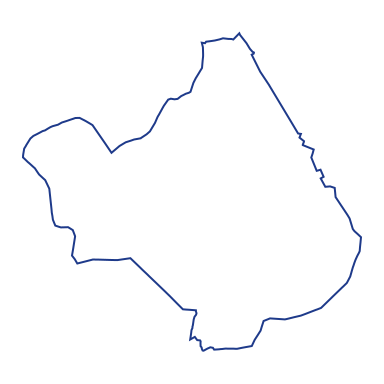 outline of Magdalena, Veracruz, Mexico
{"feature_id": "50627088B30060167879999", "entity_name": "Magdalena", "entity_type": "district", "adm_level": 2, "iso_a3": "MEX", "parent_name": "Mexico", "parent_adm1": "Veracruz", "projection": "natural_earth1", "projection_center": [-97.048, 18.769], "detail": "fine", "context": "isolated", "style": "outline", "palette": "blue", "viewbox_px": 384, "rotation_deg": 0, "n_neighbors": 0, "source": "geoboundaries", "source_scale": "gbopen_adm2", "svg_char_len": 3202}
<svg xmlns="http://www.w3.org/2000/svg" viewBox="0 0 384 384"><path d="M239.3,33.3L233.3,39.5L231.6,39.0L228.2,38.9L223.0,38.3L219.5,39.4L214.8,40.5L209.4,41.3L206.1,41.7L205.0,43.2L201.8,42.7L202.9,47.2L203.0,50.1L203.1,53.9L203.1,56.1L203.0,57.3L202.7,60.0L202.6,61.1L202.1,67.1L202.0,68.0L199.9,71.4L199.2,72.6L196.2,77.5L195.8,78.1L193.4,82.9L190.5,91.8L188.8,92.8L185.9,93.7L182.8,95.3L181.3,96.0L177.6,98.9L174.5,99.3L170.8,98.7L170.0,99.0L168.2,99.6L164.9,104.3L163.9,105.7L162.3,108.5L162.0,109.1L158.7,115.1L158.4,115.5L157.5,117.1L155.0,122.9L149.9,131.4L146.6,134.3L141.0,138.0L140.7,138.3L137.4,138.9L134.1,139.5L131.0,140.6L125.7,142.3L119.5,146.0L117.4,147.8L111.5,152.8L105.0,143.2L95.6,129.6L92.5,125.1L89.7,123.4L85.6,121.0L79.6,117.9L75.4,118.0L65.7,121.3L61.9,122.5L58.0,124.7L52.9,126.1L51.6,126.6L50.3,127.2L47.9,128.6L45.0,130.4L42.6,131.1L40.6,132.2L37.0,134.1L33.4,135.9L30.4,138.5L28.9,140.9L26.1,145.4L25.9,145.9L24.2,148.6L23.3,153.9L23.1,155.3L23.0,157.4L24.2,158.5L27.9,162.1L29.0,163.0L33.3,166.9L34.9,168.3L37.7,172.5L39.1,174.5L43.3,178.4L45.2,180.1L49.3,188.7L50.5,199.9L51.5,209.2L51.8,212.7L52.4,216.0L52.9,219.7L53.9,222.2L55.3,225.6L59.2,226.9L60.9,227.4L68.1,227.2L69.9,228.3L72.8,230.1L74.9,235.7L75.1,236.4L73.2,248.5L72.0,255.6L74.7,259.1L76.3,261.8L77.1,263.2L77.3,263.5L93.0,259.5L96.1,259.6L98.1,259.6L111.8,260.0L117.4,260.1L130.4,258.2L140.2,267.6L142.0,269.4L144.1,271.4L145.7,272.9L147.5,274.6L149.0,276.1L151.1,278.1L153.7,280.6L155.7,282.5L158.3,285.0L165.7,292.1L166.9,293.3L169.5,295.8L176.6,303.0L177.2,303.6L179.3,305.7L182.4,308.8L182.9,309.3L186.4,309.6L186.7,309.6L189.7,309.8L195.9,310.3L195.9,311.3L196.5,313.2L196.1,314.7L194.5,316.8L193.7,319.5L193.1,323.7L192.8,325.6L192.5,326.5L192.4,328.1L191.5,330.1L191.2,332.8L190.9,334.9L190.2,339.5L192.7,338.1L194.8,336.9L197.2,340.1L200.1,340.4L200.6,341.3L200.5,343.3L200.6,346.2L201.6,347.4L201.9,349.0L202.6,350.5L203.6,350.7L207.6,348.5L208.8,348.0L210.3,347.3L212.9,347.8L214.1,349.6L214.7,349.6L219.1,349.3L219.9,349.2L220.5,349.1L222.1,349.0L225.3,348.6L231.1,348.7L233.9,348.7L235.8,348.8L237.1,348.8L242.0,347.8L245.8,347.1L250.9,346.2L251.8,346.0L254.7,339.8L258.4,334.1L258.5,333.9L260.6,330.6L261.7,326.9L263.6,321.0L269.3,318.7L270.0,318.4L284.9,319.4L286.8,319.0L292.9,317.5L294.1,317.2L300.1,315.8L300.9,315.6L302.8,314.9L305.5,313.9L311.4,311.6L316.1,309.8L317.3,309.4L321.1,307.9L324.4,304.7L328.5,300.7L333.1,296.2L338.7,290.8L342.1,287.5L343.1,286.6L346.8,283.0L348.3,280.2L349.6,277.7L350.2,276.6L351.4,272.4L351.8,270.9L352.9,267.2L353.5,265.6L354.3,263.1L355.3,260.4L355.7,259.4L357.3,255.9L359.0,252.7L359.7,251.1L359.8,249.8L360.0,247.3L360.5,242.5L361.0,237.2L357.5,233.9L354.7,231.4L354.0,230.6L352.8,229.0L349.6,218.5L347.5,215.0L340.7,204.8L335.6,197.1L334.7,187.9L330.1,186.4L325.3,186.8L320.7,178.4L323.6,176.8L320.5,169.7L317.6,170.6L316.7,170.8L311.3,157.5L312.6,153.6L313.7,149.5L302.8,145.1L302.8,144.6L303.9,141.9L304.0,141.2L299.5,137.6L300.9,133.9L298.1,133.5L290.7,121.1L281.5,105.8L269.3,85.5L269.3,85.4L260.2,71.7L251.7,54.7L253.7,53.6L253.9,52.5L252.5,51.8L249.9,48.8L246.5,43.2L240.0,34.9L239.3,33.3Z" fill="none" stroke="#1e3a8a" stroke-width="2"/></svg>